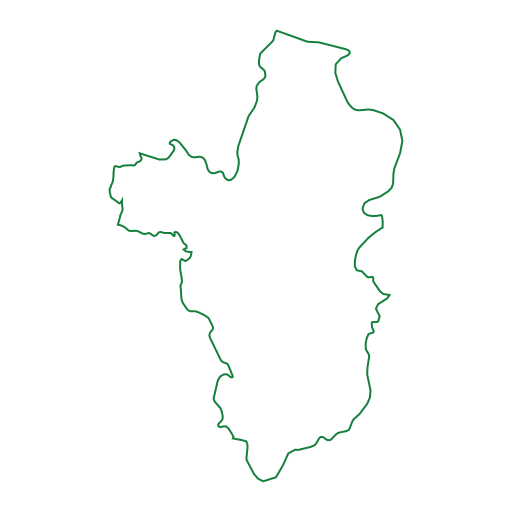 Ubon Ratchathani, orthographic projection
{"feature_id": "THA-426", "entity_name": "Ubon Ratchathani", "entity_type": "Province", "adm_level": 1, "iso_a3": "THA", "parent_name": "Thailand", "parent_adm1": "", "projection": "orthographic", "projection_center": [104.943, 15.155], "detail": "fine", "context": "isolated", "style": "outline", "palette": "green", "viewbox_px": 512, "rotation_deg": 0, "n_neighbors": 0, "source": "natural_earth", "source_scale": "10m", "svg_char_len": 4844}
<svg xmlns="http://www.w3.org/2000/svg" viewBox="0 0 512 512"><path d="M263.3,481.3L258.2,478.8L254.1,474.2L246.8,460.4L246.4,458.4L247.5,447.6L247.4,444.3L246.3,441.4L241.9,440.1L232.8,438.4L233.4,436.4L228.6,428.6L226.4,426.6L225.4,426.4L224.5,426.4L222.5,426.6L221.4,426.9L220.6,427.0L219.2,426.8L218.6,426.2L218.2,425.5L218.2,424.7L218.5,424.1L218.8,423.6L221.2,421.1L221.7,420.4L222.6,419.0L222.7,417.6L222.6,415.6L221.8,411.8L221.1,409.7L220.5,408.3L220.0,407.6L219.5,407.2L214.7,401.5L213.9,399.8L213.6,398.4L217.7,381.0L218.4,379.4L218.8,378.7L220.1,376.8L220.6,376.3L221.3,375.8L223.4,374.6L224.2,374.4L225.1,374.3L226.1,374.3L227.0,374.5L227.7,374.8L228.4,375.2L230.1,376.8L230.9,377.2L231.6,377.3L232.6,377.1L232.7,376.5L232.6,375.8L228.6,366.0L228.2,365.1L227.8,364.4L227.2,363.9L226.5,363.4L225.7,363.1L224.0,362.6L223.2,362.2L222.5,361.9L221.9,361.4L221.4,360.8L220.9,360.2L210.2,338.3L209.6,336.6L209.4,335.2L209.6,334.2L209.9,333.3L210.2,332.5L210.6,331.8L211.8,330.7L212.5,329.8L213.0,328.2L212.9,327.1L212.6,326.2L209.1,319.0L208.7,318.3L207.5,317.2L203.5,314.7L198.2,312.2L196.5,311.6L194.7,311.2L190.8,311.3L190.0,311.1L189.2,310.8L188.5,310.4L187.9,309.9L186.8,308.9L182.9,303.0L181.6,299.9L181.0,293.0L181.1,292.0L180.5,286.4L180.6,285.4L180.8,284.6L181.9,282.3L181.9,280.6L181.7,278.1L180.1,268.9L180.2,262.0L180.3,261.1L180.5,260.6L181.7,259.0L185.2,261.1L187.9,259.6L189.9,257.7L191.1,255.3L191.5,252.0L188.3,251.9L185.7,251.2L183.6,249.5L186.7,247.9L186.5,245.7L185.7,244.6L184.6,244.0L183.6,243.0L181.6,239.3L181.9,239.7L179.1,234.4L177.1,232.3L176.1,232.1L174.7,232.1L174.4,232.6L174.4,233.0L174.7,235.1L174.5,235.9L174.1,236.1L173.3,235.7L171.1,233.2L170.6,233.0L164.7,233.0L162.8,232.6L161.1,232.1L160.2,232.0L159.5,232.2L158.8,232.5L158.4,232.8L158.2,233.0L157.7,233.7L156.2,235.3L155.4,235.7L154.6,235.9L153.8,235.8L153.0,235.5L150.4,233.7L149.4,233.2L149.2,233.1L148.8,233.1L148.3,233.1L146.3,233.8L145.4,233.9L144.4,233.9L142.7,233.6L141.8,233.2L138.2,231.3L137.4,231.0L136.8,230.9L135.3,230.8L131.4,231.0L129.5,230.8L128.7,230.6L128.1,230.1L125.1,227.5L122.2,225.9L121.5,225.6L119.8,225.1L117.9,224.8L120.0,217.0L120.4,215.1L122.0,211.6L122.7,209.2L121.9,203.9L122.0,200.3L120.5,202.7L119.3,203.3L118.0,202.5L116.4,201.1L111.8,198.0L110.9,196.9L109.8,192.4L109.6,189.0L110.7,187.2L110.9,185.9L112.7,182.0L113.4,177.3L113.7,170.9L114.1,168.1L114.7,166.4L115.5,166.2L116.4,166.2L118.8,167.0L119.6,167.1L120.4,166.9L122.5,165.8L123.4,165.6L131.1,165.2L132.1,165.3L133.0,165.5L134.0,165.4L135.1,165.0L136.1,163.5L137.2,162.3L139.8,161.3L140.9,160.3L141.4,159.4L141.5,158.5L141.5,157.9L141.3,157.4L140.3,155.5L139.7,153.3L159.3,159.5L165.8,159.4L168.5,157.8L170.4,155.4L171.8,153.1L173.9,150.6L174.4,148.1L174.0,146.4L172.6,145.1L169.8,143.8L169.7,142.7L170.8,141.3L174.1,139.7L176.7,140.3L179.6,142.5L186.1,150.6L188.8,154.8L191.3,156.7L194.1,157.4L199.4,156.7L201.6,157.1L203.6,158.3L205.1,160.5L206.5,164.3L207.6,169.0L209.3,171.7L211.5,173.1L214.6,173.2L219.6,171.4L221.4,171.7L222.9,172.8L224.3,176.8L225.6,178.6L228.1,180.3L231.2,179.7L234.5,176.8L237.5,170.8L238.8,163.9L238.7,159.4L237.6,155.6L237.3,152.2L238.3,146.1L248.6,116.1L254.4,107.7L257.1,100.4L257.4,96.1L256.3,88.9L256.7,86.0L258.2,83.6L259.9,81.7L263.0,79.6L264.4,78.2L265.4,76.5L265.0,72.1L264.4,70.6L263.6,69.7L262.4,68.6L261.4,67.9L260.3,66.9L259.5,65.8L259.0,64.0L259.0,60.1L260.2,53.7L273.2,40.6L275.5,32.1L276.8,30.7L306.8,41.5L309.2,41.9L318.6,42.3L345.4,49.1L347.6,49.9L349.4,51.2L349.7,52.4L349.8,53.1L348.5,54.8L346.0,56.2L341.2,58.2L335.7,64.4L335.3,72.9L338.1,81.8L347.2,101.5L349.7,105.3L352.6,108.2L355.5,109.8L358.8,110.3L368.3,109.5L373.3,110.1L383.3,113.5L393.5,120.1L400.0,129.6L402.4,140.9L400.1,153.2L394.4,168.1L393.5,173.3L393.1,183.4L391.7,187.7L389.0,190.5L388.1,191.4L379.9,196.7L369.1,200.1L364.5,203.2L362.5,208.5L363.9,212.9L367.5,215.2L372.2,216.1L376.7,215.9L381.1,215.1L382.0,216.1L382.7,221.2L382.6,227.7L381.7,228.0L375.1,232.4L368.7,237.6L359.3,247.6L357.3,250.9L355.8,255.8L354.9,260.9L354.8,266.3L356.8,270.3L361.8,271.3L367.5,277.1L368.7,277.4L371.7,276.9L372.7,277.1L373.3,278.3L373.2,281.0L373.5,281.9L380.3,291.6L383.2,293.9L383.3,293.9L389.5,295.1L387.3,298.3L378.1,304.2L375.9,308.7L379.7,316.3L378.0,321.6L376.7,322.1L373.1,322.0L372.1,322.2L371.7,323.7L372.0,327.3L373.6,330.6L373.7,331.9L372.7,332.8L369.5,333.6L368.4,334.3L366.6,338.7L365.6,344.1L365.9,349.5L368.5,353.8L369.3,356.1L367.5,367.1L367.2,374.4L370.5,390.3L370.0,397.3L367.2,403.8L359.8,413.7L354.4,418.6L352.9,420.4L351.8,422.7L349.8,428.2L348.8,429.9L346.4,431.1L340.3,432.3L337.6,433.2L335.7,434.7L331.4,439.1L330.1,440.1L327.1,440.0L323.0,437.1L320.7,436.9L319.1,438.3L316.3,443.4L314.6,445.2L310.4,447.0L298.3,449.9L295.1,449.7L288.3,453.4L283.0,465.3L275.9,477.3L263.3,481.3Z" fill="none" stroke="#15803d" stroke-width="2"/></svg>